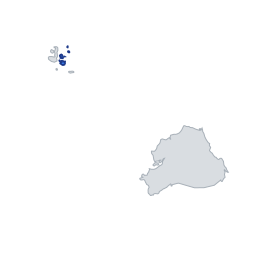 Santa Cruz, Galápagos, Ecuador (highlighted), rotated 35°
{"feature_id": "8360857B73941749048341", "entity_name": "Santa Cruz", "entity_type": "district", "adm_level": 2, "iso_a3": "ECU", "parent_name": "Ecuador", "parent_adm1": "Galápagos", "projection": "albers", "projection_center": [-90.525, -0.066], "detail": "fine", "context": "in_parent", "style": "filled", "palette": "blue", "viewbox_px": 256, "rotation_deg": 35, "n_neighbors": 0, "source": "geoboundaries", "source_scale": "gbopen_adm2", "svg_char_len": 6208}
<svg xmlns="http://www.w3.org/2000/svg" viewBox="0 0 256 256"><g transform="rotate(35 128 128)"><path d="M235.5,106.7L234.8,107.2L233.0,107.3L231.6,106.9L231.0,106.8L230.9,107.3L232.8,108.5L233.6,110.6L234.9,111.9L235.7,112.6L235.8,113.1L235.5,113.9L235.4,114.6L235.8,117.8L235.5,118.0L234.5,118.0L233.8,117.4L231.5,125.4L224.6,133.2L216.8,138.8L207.8,141.9L201.2,144.1L200.2,145.0L196.9,148.9L196.8,149.3L197.2,150.0L197.2,150.4L196.8,150.7L196.3,150.7L196.2,150.5L196.0,150.0L195.6,149.5L195.1,149.4L194.8,149.5L194.8,150.0L194.1,152.1L194.0,153.1L193.8,153.6L193.8,154.5L193.1,155.4L192.6,156.8L192.0,157.2L191.3,159.5L190.3,161.7L190.2,162.4L190.5,163.0L190.6,163.4L190.2,164.8L187.9,166.1L187.2,166.8L187.0,167.5L187.1,168.1L187.1,168.7L186.3,168.8L185.6,170.1L185.0,170.4L183.6,169.9L182.5,169.9L181.7,169.5L180.1,167.4L179.5,166.1L179.3,164.4L177.7,163.3L175.6,163.5L175.0,163.1L173.5,162.4L172.1,161.5L171.2,161.1L170.4,161.3L169.1,162.7L167.9,163.3L167.4,163.2L166.7,162.8L166.6,162.4L168.4,159.9L167.0,159.9L166.6,159.3L166.5,158.7L166.3,158.1L166.6,157.3L167.3,156.9L168.3,157.2L169.0,157.3L169.5,156.5L170.5,156.0L170.7,155.6L170.2,154.4L170.0,153.8L170.2,153.4L170.2,152.1L169.9,151.6L169.9,150.9L169.6,150.5L169.5,149.6L168.8,149.1L171.0,148.3L171.8,147.7L172.8,147.1L173.6,146.1L174.2,145.3L175.5,141.2L176.7,138.6L176.5,137.3L175.5,135.6L175.3,133.1L175.4,132.4L175.3,131.8L174.6,132.8L174.8,136.5L174.2,138.1L173.3,138.5L172.8,138.2L173.1,135.6L172.5,136.0L171.5,137.8L169.9,139.2L169.8,139.6L169.4,140.2L168.2,139.7L167.3,139.1L164.2,136.0L162.2,135.4L161.0,134.3L160.7,133.9L160.6,133.3L161.8,132.7L163.1,131.8L163.3,130.0L163.3,128.5L162.3,126.0L162.8,122.7L162.6,121.4L161.5,118.7L162.3,117.3L165.2,116.3L166.1,115.7L166.8,113.5L167.4,112.2L168.7,112.8L169.7,112.7L168.4,112.2L167.3,110.3L167.1,109.4L169.3,106.7L170.4,106.1L171.7,104.7L172.9,102.5L173.2,99.2L172.8,96.8L172.4,94.3L173.1,93.6L174.9,93.3L176.3,92.5L177.0,91.8L178.7,91.9L180.7,90.7L183.8,90.2L188.1,88.9L189.1,87.7L188.7,85.6L190.3,86.9L191.0,87.9L193.3,89.0L195.9,91.1L197.6,92.1L199.5,93.0L202.2,94.0L203.8,93.9L204.5,95.4L205.2,95.9L206.7,96.4L206.9,96.6L207.5,99.4L207.8,99.8L209.2,100.2L210.8,100.4L211.5,100.3L213.0,101.1L215.3,101.8L216.1,101.9L216.4,101.8L216.6,101.5L217.2,101.5L218.2,101.9L219.7,102.0L220.5,101.7L220.8,100.1L221.1,99.8L222.1,99.2L222.6,99.4L225.3,100.6L225.8,101.1L226.5,101.9L227.7,103.2L229.1,104.0L231.2,104.4L233.2,105.8L235.5,106.7ZM25.2,103.6L26.0,104.5L26.5,106.9L29.1,109.4L29.4,110.9L29.2,111.5L29.3,111.8L30.6,112.8L31.4,113.8L30.0,116.3L27.1,117.4L23.9,117.3L23.3,117.1L22.4,116.1L22.3,115.3L22.7,114.5L24.4,113.3L26.9,112.2L27.2,111.3L26.2,110.5L25.5,108.9L23.9,107.7L23.1,104.3L22.6,104.1L21.5,104.6L21.0,104.2L20.9,103.9L22.1,103.1L22.3,102.6L24.0,102.3L24.7,102.8L25.2,103.6ZM37.5,114.1L36.8,114.1L34.8,112.9L34.9,111.6L35.7,110.8L38.4,110.3L39.5,111.1L39.4,112.6L38.5,113.7L37.8,113.9L37.5,114.1ZM171.4,143.7L171.2,144.2L169.9,144.1L169.6,144.0L169.9,141.6L170.2,140.8L171.3,140.1L172.1,139.7L173.2,139.8L174.4,140.5L173.0,141.7L171.9,142.0L171.4,143.7ZM23.2,110.0L21.8,110.3L20.7,109.8L20.3,109.1L20.2,108.1L20.3,107.7L22.7,107.3L23.5,108.2L23.5,109.5L23.2,110.0ZM49.6,115.9L48.0,116.5L47.1,116.0L47.1,115.6L47.9,114.8L48.8,114.4L49.5,113.5L50.9,112.9L51.3,113.0L51.6,113.2L51.7,113.5L51.2,114.3L50.4,114.8L49.6,115.9ZM34.4,108.4L33.8,108.7L31.3,108.3L30.5,107.5L31.1,106.5L31.7,106.1L33.1,106.5L34.6,107.6L34.4,108.4ZM36.3,121.6L35.8,121.6L35.1,121.0L35.6,120.0L36.7,120.6L36.9,121.0L36.3,121.6ZM188.0,88.3L187.3,88.4L186.9,87.7L187.8,87.0L188.2,86.9L188.0,88.3Z" fill="#d9dde1" stroke="#a8b0b8" stroke-width="1"/><path d="M38.7,110.5L38.6,110.3L38.4,110.4L38.2,110.4L38.1,110.5L37.9,110.4L37.8,110.5L37.6,110.5L37.5,110.4L37.4,110.5L37.4,110.4L37.3,110.5L37.3,110.4L37.2,110.5L36.9,110.7L36.5,110.6L36.3,110.7L35.9,110.7L35.7,110.8L35.7,110.7L35.6,110.8L35.4,111.0L35.2,110.9L35.1,111.0L35.1,111.3L34.9,111.3L34.9,111.5L34.8,111.8L34.8,112.0L34.7,112.2L34.7,112.3L34.8,112.3L34.7,112.5L34.8,112.5L34.7,112.6L34.8,112.6L34.9,112.8L34.9,113.0L35.0,113.2L35.1,113.3L35.3,113.3L35.5,113.4L35.5,113.5L35.6,113.4L35.7,113.5L35.8,113.4L35.8,113.6L36.0,113.8L36.3,113.9L36.5,113.9L36.4,114.0L36.5,114.0L36.8,114.1L37.0,114.0L37.3,114.1L37.2,114.1L37.3,114.0L37.5,114.0L37.8,114.1L37.9,113.9L37.8,113.7L37.9,113.8L38.0,113.7L38.0,113.8L38.3,113.8L38.5,113.8L38.6,113.7L38.7,113.8L38.8,113.7L38.9,113.4L39.0,113.3L38.9,113.3L39.0,113.3L39.0,113.2L39.3,113.1L39.3,112.9L39.5,112.8L39.6,112.7L39.6,112.4L39.6,112.2L39.6,111.8L39.6,111.7L39.6,111.4L39.3,111.2L39.0,111.0L38.9,110.9L38.7,110.5L38.7,110.5ZM31.5,105.9L31.3,105.9L31.3,106.0L31.2,106.0L30.9,106.3L31.0,106.4L30.9,106.5L31.0,106.6L30.8,106.9L30.8,107.0L30.7,107.0L30.5,107.3L30.5,107.5L30.8,107.6L30.8,107.8L31.0,107.9L30.9,108.0L31.0,108.1L30.9,108.2L31.0,108.3L31.3,108.3L31.5,108.3L31.8,108.4L31.8,108.5L32.0,108.6L32.3,108.7L32.6,108.7L32.8,108.7L33.1,108.6L33.3,108.6L33.5,108.8L33.8,108.8L34.0,108.9L34.3,108.7L34.4,108.4L34.5,108.4L34.6,108.2L34.7,107.9L34.5,107.7L34.4,107.7L34.3,107.4L34.3,107.2L34.2,107.1L34.0,106.9L33.9,106.8L33.7,106.7L33.4,106.6L33.2,106.5L33.0,106.4L32.9,106.4L32.8,106.5L32.8,106.4L32.7,106.4L32.8,106.4L32.7,106.4L32.7,106.2L32.4,106.2L32.2,106.1L32.1,105.9L31.8,106.0L31.6,105.9L31.5,105.9ZM35.6,98.9L35.4,98.9L35.0,99.1L34.8,99.3L34.8,99.8L35.0,99.9L35.1,100.0L35.3,100.2L35.5,100.3L36.0,100.2L36.3,100.1L36.6,99.9L36.7,99.7L36.4,99.4L36.2,99.2L35.9,99.0L35.9,98.9L35.7,98.9L35.6,98.9ZM31.9,95.6L31.7,95.5L31.6,95.9L31.5,96.0L31.6,96.3L31.6,96.6L31.8,96.7L31.9,96.8L32.1,96.8L32.3,96.8L32.5,96.7L32.4,96.4L32.4,96.2L32.2,96.0L32.1,95.8L32.0,95.7L31.9,95.6ZM38.3,109.4L38.0,109.4L38.2,109.5L38.2,109.8L38.0,110.0L38.1,110.3L38.4,110.3L38.7,110.1L38.6,109.9L38.5,109.7L38.4,109.6L38.3,109.4ZM33.1,111.7L32.9,111.8L32.9,112.1L33.3,112.3L33.3,112.2L33.5,112.1L33.4,111.9L33.3,111.7L33.1,111.7ZM32.6,109.2L32.5,109.3L32.4,109.4L32.5,109.5L32.7,109.4L32.6,109.2ZM35.2,105.9L35.4,105.7L35.1,105.7L35.1,105.8L35.2,105.9ZM38.2,109.1L38.3,109.2L38.2,109.1ZM39.8,111.6L39.7,111.6L39.8,111.6ZM39.8,111.6L39.7,111.6L39.8,111.6L39.8,111.6Z" fill="#3b82f6" stroke="#1e3a8a" stroke-width="1.5"/></g></svg>